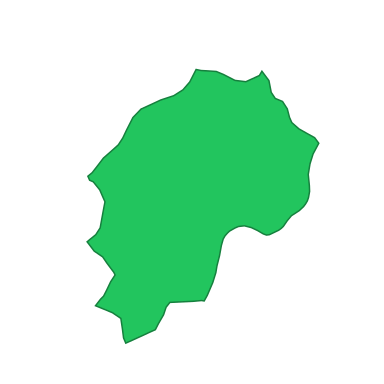 outline of Toksong, Hamgyŏng-namdo, North Korea, rotated 155°
{"feature_id": "82179303B35188226848964", "entity_name": "Toksong", "entity_type": "district", "adm_level": 2, "iso_a3": "PRK", "parent_name": "North Korea", "parent_adm1": "Hamgyŏng-namdo", "projection": "natural_earth1", "projection_center": [128.228, 40.466], "detail": "fine", "context": "isolated", "style": "filled", "palette": "green", "viewbox_px": 384, "rotation_deg": 155, "n_neighbors": 0, "source": "geoboundaries", "source_scale": "gbopen_adm2", "svg_char_len": 1441}
<svg xmlns="http://www.w3.org/2000/svg" viewBox="0 0 384 384"><g transform="rotate(155 192 192)"><path d="M227.0,88.1L221.8,91.9L211.5,101.1L204.5,108.8L200.6,114.5L194.0,122.6L188.0,131.1L183.6,136.2L180.6,138.3L177.2,139.8L174.5,140.7L168.3,141.2L164.5,141.1L158.8,139.2L153.3,134.7L148.9,129.4L145.1,123.9L142.7,121.5L139.9,120.6L129.6,120.7L126.5,121.3L123.8,122.2L117.7,125.8L111.9,128.5L102.6,129.8L97.1,131.6L94.1,133.2L91.2,135.2L88.7,137.8L85.2,142.8L83.0,148.0L79.2,158.8L73.2,167.6L66.2,175.3L56.5,182.6L57.9,189.4L63.2,196.7L68.4,204.0L72.2,212.7L72.1,218.4L70.5,227.1L71.7,235.8L77.0,241.6L78.1,248.8L75.2,260.4L77.6,271.9L81.7,269.1L96.6,269.2L105.9,275.0L113.8,285.2L119.1,291.0L127.1,295.4L132.5,298.3L136.5,301.3L147.5,292.7L157.1,288.4L167.9,287.0L181.4,288.6L190.9,288.6L203.1,288.7L214.0,284.5L225.0,275.9L231.9,270.2L238.8,265.9L248.3,263.0L257.9,260.2L266.1,255.9L274.3,251.7L279.7,250.3L279.8,246.6L279.8,245.9L277.2,243.0L274.7,232.9L274.9,225.7L275.0,219.9L279.2,214.1L290.4,198.3L297.2,194.0L302.7,192.6L304.1,192.3L308.1,191.2L305.6,179.7L300.4,171.0L299.2,163.7L298.0,157.9L296.8,152.2L296.8,149.3L303.7,145.0L310.6,139.3L316.1,135.0L320.2,133.5L327.5,129.7L321.7,123.4L315.1,116.2L309.9,107.5L312.9,97.4L315.7,88.7L315.9,83.0L298.3,82.8L290.2,82.8L283.4,82.7L277.9,87.0L269.7,92.7L264.2,98.5L258.7,101.3L248.0,96.9L237.3,92.5L229.2,89.6L227.0,88.1Z" fill="#22c55e" stroke="#15803d" stroke-width="1.5"/></g></svg>